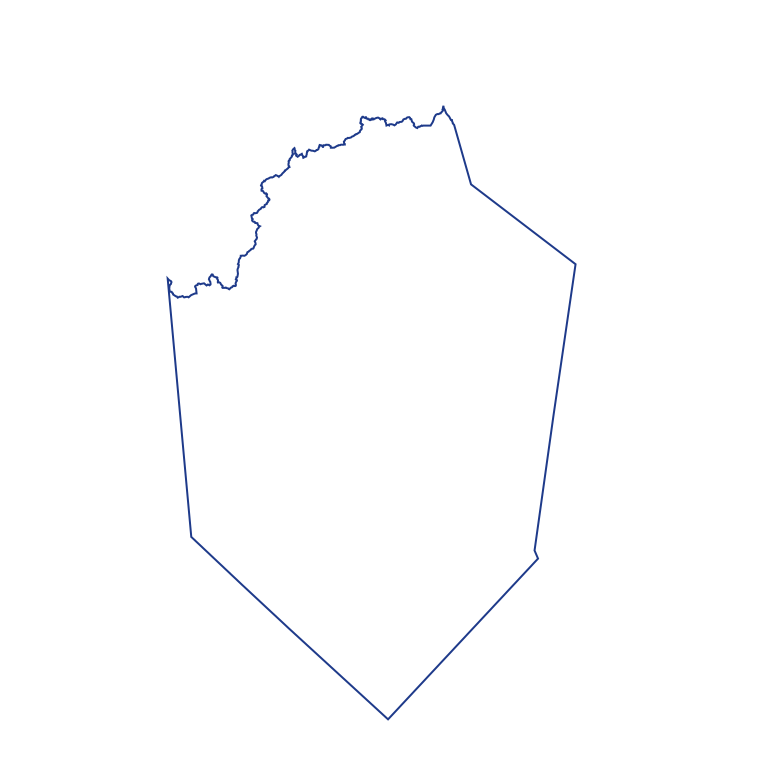 the district of Río Chico, Santa Cruz, Argentina, rotated 42°
{"feature_id": "61730980B6428657658770", "entity_name": "Río Chico", "entity_type": "district", "adm_level": 2, "iso_a3": "ARG", "parent_name": "Argentina", "parent_adm1": "Santa Cruz", "projection": "mercator", "projection_center": [-72.329, -48.204], "detail": "fine", "context": "isolated", "style": "outline", "palette": "blue", "viewbox_px": 768, "rotation_deg": 42, "n_neighbors": 0, "source": "geoboundaries", "source_scale": "gbopen_adm2", "svg_char_len": 6141}
<svg xmlns="http://www.w3.org/2000/svg" viewBox="0 0 768 768"><g transform="rotate(42 384 384)"><path d="M262.7,144.5L260.7,144.3L260.3,143.8L259.0,143.3L257.9,142.4L257.8,142.5L257.9,142.9L257.1,143.0L253.3,141.6L251.7,141.6L249.1,141.2L245.6,139.5L243.8,139.0L242.0,137.5L242.9,139.2L243.5,139.9L243.8,140.9L244.7,141.2L244.9,142.1L244.8,144.2L245.0,145.0L244.3,145.7L244.2,146.4L243.9,147.0L243.0,147.7L242.4,149.3L243.0,152.2L244.0,154.1L245.0,156.9L245.7,160.8L240.3,165.7L239.9,166.4L239.1,166.6L238.9,167.6L238.6,167.9L238.4,169.0L237.8,169.3L237.3,170.0L237.5,171.5L236.2,172.0L233.6,172.1L233.1,172.0L232.8,171.6L232.7,170.9L231.9,170.3L229.3,170.3L227.1,168.9L226.4,169.5L225.3,168.8L224.2,168.8L223.0,170.2L222.8,170.8L222.8,172.3L222.1,172.9L221.4,174.4L221.8,176.0L221.7,177.3L220.4,178.7L220.1,179.4L220.2,179.9L219.9,180.3L218.8,180.8L218.9,182.3L219.1,183.1L218.7,184.8L217.3,185.1L215.6,186.0L214.5,187.2L214.1,188.0L214.5,188.4L214.1,188.5L213.7,189.1L213.0,189.4L212.8,190.2L210.9,188.8L208.7,187.9L208.6,187.7L208.8,187.0L208.4,186.9L207.3,186.9L205.8,188.0L205.1,187.6L204.4,188.7L204.4,189.7L203.8,189.8L203.2,189.5L201.3,190.0L200.3,191.4L199.3,193.8L199.1,194.0L198.2,194.0L197.4,194.6L197.3,195.2L197.7,195.0L198.5,195.1L197.8,195.9L197.1,197.3L196.6,197.5L196.0,197.1L195.0,197.9L194.4,197.6L193.5,198.4L193.0,198.4L192.2,197.8L191.8,198.1L191.9,199.0L190.6,199.4L189.6,199.4L189.3,199.7L189.1,200.0L189.5,201.1L189.3,201.8L189.6,202.7L190.9,203.9L190.8,204.3L191.5,205.0L191.7,205.9L192.1,206.0L192.5,205.7L192.9,206.0L193.7,205.5L194.8,205.5L195.0,208.2L196.2,208.6L196.5,209.0L196.5,209.4L196.9,209.8L196.7,211.2L196.8,211.9L197.5,213.1L197.1,214.1L196.7,216.1L196.3,216.5L196.0,217.0L196.1,217.8L195.6,218.3L195.6,219.5L195.3,220.5L194.7,221.4L194.5,222.9L193.3,224.7L192.4,225.3L192.2,226.5L191.6,227.5L191.6,228.1L192.0,229.4L192.0,230.7L193.3,231.8L194.4,231.9L194.6,232.3L194.0,232.5L193.7,233.4L191.9,234.9L191.6,235.8L190.3,237.1L190.4,237.7L189.8,238.5L188.9,241.6L187.3,243.2L186.4,244.0L185.4,243.0L183.9,243.3L183.0,243.2L180.8,245.0L180.8,245.4L180.5,246.0L179.3,247.1L180.1,248.5L179.8,248.8L178.6,248.4L177.8,248.9L177.5,248.7L176.3,249.4L176.6,249.9L176.7,250.7L177.3,251.2L177.4,252.1L178.1,253.4L177.9,254.6L177.3,255.2L177.3,256.1L176.9,257.4L175.1,258.2L173.9,259.2L171.5,260.0L171.6,261.1L171.5,261.7L171.2,262.0L171.2,262.5L171.4,262.9L171.9,263.3L172.1,264.1L172.9,265.0L173.3,266.0L173.9,266.9L173.6,267.2L173.5,267.9L172.9,268.4L172.8,268.9L172.9,269.5L172.7,269.9L170.9,268.7L170.2,268.7L168.9,267.9L168.8,268.1L168.6,269.5L168.1,270.0L168.0,270.4L168.1,271.3L167.8,272.9L165.9,273.1L165.6,272.5L165.6,271.9L164.3,271.7L163.7,272.3L163.0,271.1L162.4,270.6L162.0,269.9L160.1,269.5L159.9,268.7L159.6,268.6L159.4,270.4L159.7,271.9L160.8,272.7L161.3,273.5L162.5,273.9L162.9,275.0L162.6,275.5L162.8,276.1L163.2,276.3L163.4,276.9L163.4,280.0L163.7,280.5L164.1,280.6L164.2,281.0L164.2,281.4L163.9,281.8L164.0,282.3L165.2,283.3L165.6,284.0L165.7,284.4L166.6,285.3L168.2,286.2L168.3,285.9L168.6,286.1L168.1,286.8L168.3,287.9L167.8,291.1L167.5,291.6L167.9,292.1L167.7,292.7L167.8,293.3L167.6,295.5L167.8,297.3L167.4,298.8L167.1,299.6L167.2,300.3L166.5,300.2L166.1,300.6L164.6,300.8L163.7,301.3L163.7,302.2L163.3,302.9L163.4,303.9L162.6,305.5L162.0,305.7L161.6,306.2L160.9,307.5L160.8,308.4L159.8,310.1L159.5,311.3L159.7,313.1L158.9,313.3L159.1,314.3L158.8,315.9L158.9,316.6L159.4,317.2L159.7,318.8L159.9,318.9L160.5,318.5L161.7,319.1L162.6,319.9L162.4,320.1L162.4,320.5L162.8,321.5L163.7,322.3L164.6,321.6L165.6,321.7L166.8,322.2L168.5,322.0L168.7,321.9L168.8,321.2L170.0,321.2L170.4,321.5L170.9,323.0L173.4,323.4L174.5,323.2L175.3,323.4L175.5,323.7L175.8,324.3L175.1,324.9L175.5,326.0L176.0,326.6L175.9,328.0L176.4,328.5L175.6,330.8L176.0,331.6L176.5,332.0L176.7,332.4L176.3,332.9L176.2,333.4L175.2,334.0L175.0,334.5L175.0,335.3L175.2,336.3L174.6,338.2L174.7,339.5L174.6,340.2L175.1,341.2L175.1,341.9L174.1,343.2L173.1,343.8L173.0,344.4L173.3,345.1L173.3,346.0L172.8,346.6L172.6,347.5L174.9,349.2L176.1,349.3L176.2,350.5L177.1,350.9L178.4,350.8L178.8,350.3L179.6,350.1L180.1,350.1L180.6,350.5L182.3,349.2L183.6,350.0L184.7,350.3L186.2,349.8L186.0,350.9L186.3,352.0L186.1,353.7L186.7,355.1L187.1,356.5L187.8,357.4L189.0,358.0L189.8,359.2L191.6,360.1L192.3,361.4L192.2,362.2L192.4,363.3L192.4,364.4L194.1,365.2L195.1,366.0L195.2,366.4L195.1,367.3L195.4,368.5L196.2,370.6L196.2,370.9L195.4,371.8L195.3,372.4L195.0,373.0L195.2,373.7L194.8,375.2L194.8,376.4L194.3,377.4L195.1,379.3L194.9,381.0L194.4,382.2L193.2,383.0L191.8,384.5L192.2,384.8L192.6,386.3L192.9,386.8L192.8,387.6L193.3,389.1L194.8,391.0L195.2,392.6L196.2,392.5L196.8,393.1L197.0,393.9L197.6,394.3L198.1,396.0L198.8,397.3L201.7,399.8L203.3,402.4L203.4,403.0L202.9,403.5L203.6,404.4L203.8,405.4L204.1,405.5L205.0,405.2L205.6,405.6L205.8,407.3L206.5,408.7L207.7,409.5L208.1,410.3L208.0,410.6L207.7,411.0L206.6,411.5L206.4,412.2L206.1,412.6L206.3,413.0L206.3,413.8L205.7,414.9L205.7,417.1L205.2,417.3L204.4,417.2L202.3,418.3L201.9,418.2L201.5,418.9L199.7,420.6L199.1,420.4L198.8,419.5L198.4,419.1L196.4,419.1L194.6,418.4L193.3,418.8L192.7,419.7L192.4,419.6L191.2,417.9L189.6,417.5L189.2,416.5L188.9,416.4L188.4,416.5L187.8,417.2L185.1,418.1L184.6,418.0L183.5,417.3L182.9,417.6L182.7,417.8L182.8,419.1L183.1,419.8L183.0,421.5L183.5,422.8L183.8,423.3L184.2,423.3L185.0,423.9L186.5,424.3L188.3,425.8L188.5,426.2L188.3,427.4L186.6,427.9L186.2,429.5L182.9,429.6L181.1,432.0L180.9,432.6L179.3,433.1L178.7,433.8L178.7,434.4L179.2,435.2L178.4,436.5L178.2,437.5L178.3,437.9L179.1,438.4L180.3,438.7L184.1,442.1L182.9,443.3L181.2,447.0L180.8,450.3L179.9,450.5L179.3,451.0L178.2,452.2L178.0,452.8L177.4,453.4L175.5,453.4L174.4,455.4L173.5,456.1L173.4,456.8L172.9,457.9L171.5,457.6L170.7,458.1L167.4,458.6L166.6,457.9L165.5,458.0L164.5,457.6L163.7,458.2L163.0,459.0L162.8,458.5L160.6,456.8L158.7,454.2L158.7,452.1L158.3,451.5L157.9,450.5L157.1,450.1L154.6,450.6L152.7,450.4L343.1,626.6L412.8,628.2L477.0,629.3L611.4,630.5L615.3,410.7L607.3,407.0L531.1,294.1L446.2,166.8L315.1,177.4L262.7,144.5Z" fill="none" stroke="#1e3a8a" stroke-width="2"/></g></svg>